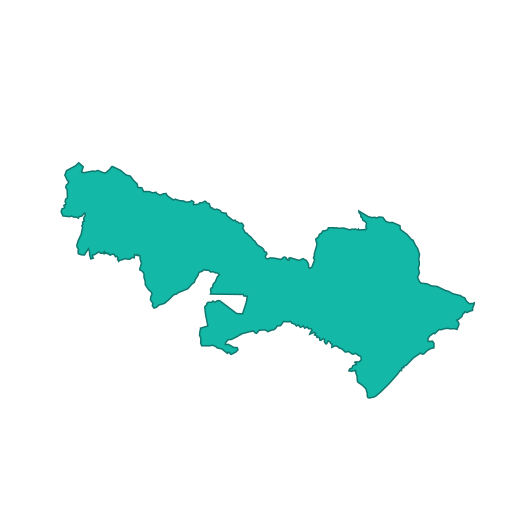 Molango de Escamilla, Hidalgo, Mexico (orthographic projection), rotated 134°
{"feature_id": "50627088B53777409905176", "entity_name": "Molango de Escamilla", "entity_type": "district", "adm_level": 2, "iso_a3": "MEX", "parent_name": "Mexico", "parent_adm1": "Hidalgo", "projection": "orthographic", "projection_center": [-98.759, 20.849], "detail": "fine", "context": "isolated", "style": "filled", "palette": "teal", "viewbox_px": 512, "rotation_deg": 134, "n_neighbors": 0, "source": "geoboundaries", "source_scale": "gbopen_adm2", "svg_char_len": 6104}
<svg xmlns="http://www.w3.org/2000/svg" viewBox="0 0 512 512"><g transform="rotate(134 256 256)"><path d="M252.3,331.0L254.9,331.6L256.9,333.5L258.4,333.2L262.4,336.4L262.5,336.8L260.4,338.2L260.8,340.8L262.9,341.2L265.3,343.2L266.1,344.1L266.6,346.2L269.2,349.3L271.2,353.6L273.1,354.3L274.3,361.6L273.5,364.1L275.7,366.0L278.0,366.7L279.0,367.6L280.0,371.3L279.6,372.1L282.7,374.6L283.6,377.3L287.7,381.6L286.2,385.6L288.6,388.5L288.6,389.1L286.7,391.4L286.7,396.8L285.8,401.9L288.0,405.9L288.5,412.9L291.3,421.4L292.0,421.9L295.3,421.4L300.8,421.9L302.3,424.0L304.3,429.2L307.5,430.9L308.0,432.3L315.1,437.2L316.8,439.4L314.9,440.9L312.1,442.0L311.8,442.7L312.1,448.3L316.2,448.4L326.2,451.6L330.6,449.7L332.8,443.9L332.3,442.6L334.6,441.5L336.9,441.7L338.9,440.5L339.5,437.9L345.2,432.0L347.4,432.4L349.6,431.0L350.1,429.4L351.2,428.5L352.3,429.3L353.2,429.3L353.9,427.4L354.8,427.3L356.9,428.3L359.6,426.9L361.3,422.7L357.2,417.4L355.5,416.6L354.6,414.2L352.6,411.8L352.2,410.0L350.5,410.6L348.4,409.0L344.3,409.2L344.0,408.6L345.4,407.0L348.6,406.2L349.8,404.7L349.9,403.7L351.7,404.3L352.7,403.8L353.3,402.5L355.2,402.3L355.8,400.7L361.9,396.8L368.2,394.7L372.7,392.4L373.8,391.0L374.4,388.4L376.0,387.5L377.8,385.4L376.4,382.4L374.5,380.1L367.2,381.6L368.2,379.2L370.8,376.4L372.9,372.8L370.5,371.5L369.6,373.8L368.4,374.2L367.6,373.2L362.3,371.9L361.8,370.7L362.1,369.9L360.2,367.9L358.2,368.1L358.3,367.4L359.6,366.6L357.7,365.8L357.7,364.6L356.6,363.7L357.1,362.8L356.6,361.4L355.0,360.9L353.4,359.3L354.1,356.5L352.8,355.9L353.2,354.0L354.6,353.3L355.2,351.0L353.5,351.2L352.6,350.1L349.2,348.6L346.3,344.8L345.0,344.2L343.9,344.3L342.6,343.6L341.9,342.3L339.4,344.2L338.5,342.5L337.3,342.4L337.7,341.0L336.3,339.8L338.9,336.9L340.9,333.3L346.3,330.5L346.7,329.6L345.9,327.2L346.6,324.2L349.4,321.5L350.9,318.5L353.6,315.6L354.8,310.1L354.7,305.9L355.8,304.3L358.5,303.3L360.9,301.4L361.7,297.4L363.8,296.0L364.3,293.1L362.2,292.0L358.8,291.8L353.6,288.9L347.3,288.3L341.0,288.3L338.6,286.7L337.0,286.7L326.9,282.3L320.8,282.6L317.8,282.1L315.3,283.3L309.8,284.4L307.6,285.7L304.3,284.1L301.7,284.0L301.5,282.7L299.1,280.0L299.0,277.5L297.0,275.8L296.3,273.4L295.0,272.0L294.7,269.5L297.9,269.3L303.0,267.3L305.8,267.3L309.0,265.4L310.2,266.0L311.5,265.6L313.7,262.8L315.0,262.3L292.5,238.4L293.2,236.9L290.9,234.3L296.1,230.8L306.9,225.5L310.8,229.9L313.4,251.2L315.0,252.8L317.3,253.2L318.0,253.9L318.2,255.7L320.3,255.8L322.5,258.3L324.2,258.4L325.4,257.5L327.6,257.7L328.7,257.0L333.3,251.4L339.8,242.0L346.5,245.8L346.9,245.1L348.6,244.4L352.1,241.7L353.7,238.3L357.1,235.3L358.3,232.7L352.7,226.9L350.3,225.2L348.9,221.4L349.1,220.1L346.6,216.1L346.0,209.4L345.8,208.8L344.6,209.2L343.9,208.3L344.3,205.8L343.9,205.4L339.1,203.8L336.1,203.8L335.6,204.4L335.0,206.0L337.2,208.4L338.7,214.4L341.0,216.5L339.3,217.7L335.4,217.8L333.1,215.7L326.3,213.3L323.3,212.9L323.2,212.3L322.0,212.3L314.1,207.5L311.7,205.7L311.9,203.2L311.3,201.9L307.3,202.1L303.3,198.7L302.2,196.1L302.3,195.0L301.7,194.7L297.8,193.0L297.1,192.1L294.7,191.6L291.6,192.1L288.9,189.9L284.1,190.7L280.3,186.4L279.3,186.2L279.0,185.2L279.5,183.8L278.1,180.8L278.3,178.3L276.1,177.6L276.5,174.5L273.5,173.3L274.1,170.8L271.5,169.8L271.8,167.6L270.1,166.0L270.5,163.9L272.1,164.1L274.9,163.0L270.7,161.2L270.1,159.4L272.1,159.1L271.2,157.0L272.2,155.6L271.0,154.5L270.9,153.2L272.2,151.7L271.6,150.7L268.8,150.3L268.3,148.9L270.2,147.2L270.8,144.9L270.1,144.2L267.1,145.1L266.4,143.4L267.0,141.3L266.6,140.0L269.1,138.0L266.1,136.9L264.8,135.6L264.1,132.5L264.4,132.3L263.2,129.6L263.1,125.0L260.3,122.9L259.7,118.6L258.8,117.6L256.9,116.9L256.3,112.8L255.5,111.2L255.7,110.3L257.8,108.1L260.6,108.3L263.3,111.1L264.0,110.9L263.7,109.3L264.3,108.5L267.6,110.1L269.9,109.1L271.9,110.1L274.1,109.5L272.6,107.2L269.1,104.9L270.1,104.0L272.3,99.8L275.4,96.4L276.0,94.9L275.2,90.7L275.1,84.8L277.8,80.1L279.1,79.1L280.1,77.4L279.6,76.0L275.7,73.3L273.7,72.5L267.3,71.9L255.2,71.6L241.8,72.2L238.9,72.8L238.0,72.6L237.4,71.7L235.3,73.4L233.6,72.1L232.8,73.2L230.2,72.0L220.0,72.0L211.8,70.3L210.8,67.8L209.9,67.3L204.9,67.1L201.2,66.0L198.5,64.2L195.2,67.3L194.6,69.9L197.9,72.7L196.3,74.8L193.2,75.5L188.1,74.7L187.7,73.4L183.5,73.4L181.3,72.9L180.5,71.6L177.4,70.0L174.5,67.5L173.8,66.0L170.3,62.6L169.2,60.4L164.1,62.5L163.0,64.4L162.7,67.1L161.0,66.3L156.6,65.8L153.5,67.1L152.8,66.7L150.9,67.0L150.4,65.4L149.6,64.7L147.4,64.0L144.7,62.4L142.8,64.2L139.7,65.3L138.1,66.5L139.5,67.0L142.1,69.4L142.3,73.2L141.1,76.8L142.3,79.5L142.3,81.1L146.3,88.0L147.7,93.1L149.2,95.7L152.1,104.6L155.7,109.1L157.1,113.5L160.8,118.3L160.9,120.5L159.2,124.9L154.6,126.8L151.7,131.2L149.7,131.9L146.5,134.7L145.7,136.4L141.3,139.4L138.4,144.8L137.5,149.0L135.5,154.1L136.2,155.4L135.6,162.4L136.6,170.6L134.2,173.5L137.1,181.2L139.6,183.6L140.9,186.7L140.1,191.6L142.5,194.7L144.9,195.6L145.5,197.3L147.8,199.3L149.7,202.5L152.2,213.3L153.1,212.2L153.6,209.1L155.0,207.9L154.7,206.4L156.1,203.8L155.4,201.9L155.6,199.4L159.0,196.9L159.3,195.5L161.2,195.5L161.1,195.9L165.8,200.0L165.6,200.7L166.1,200.4L167.6,203.2L170.4,205.9L172.1,206.7L175.0,212.4L178.8,215.9L179.9,217.9L180.9,218.3L181.2,219.2L185.4,223.6L187.3,222.7L190.4,224.2L191.4,225.3L194.8,224.8L195.3,225.3L196.8,225.3L198.9,224.3L202.4,224.8L205.4,220.1L214.1,215.5L215.4,214.0L216.7,213.8L217.7,213.0L217.7,211.7L218.5,210.9L225.3,208.1L227.7,208.9L227.4,210.5L225.8,212.0L224.8,214.1L224.3,216.6L225.2,220.4L229.3,222.0L233.4,230.2L234.9,230.8L235.3,229.4L235.9,229.3L237.0,230.3L236.4,233.5L236.8,234.6L237.7,235.3L241.1,235.6L245.2,241.9L247.7,244.6L250.2,245.7L250.5,246.7L250.4,248.0L249.6,249.3L247.0,249.5L246.1,251.2L247.0,252.9L245.9,255.4L245.9,257.4L247.1,262.6L246.1,267.4L246.4,268.5L245.9,273.4L246.3,275.1L246.0,278.4L246.7,279.8L245.3,284.8L242.8,285.9L242.2,288.5L242.3,289.2L244.1,290.7L244.2,292.9L245.1,294.4L244.7,296.0L246.3,296.8L247.2,305.2L245.9,307.0L248.6,310.9L248.2,313.6L249.5,316.7L250.9,317.6L252.0,319.3L251.7,320.4L252.7,322.4L250.8,326.1L252.0,328.0L251.7,330.1L252.3,331.0Z" fill="#14b8a6" stroke="#0f766e" stroke-width="1.5"/></g></svg>